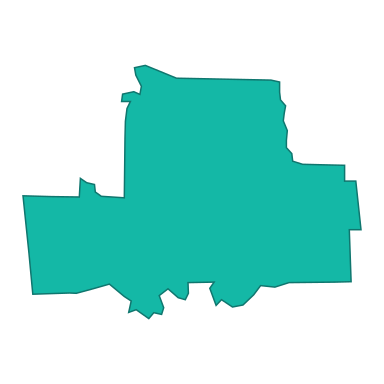 Coronel Pilar, Rio Grande do Sul, Brazil
{"feature_id": "56859067B30829214865889", "entity_name": "Coronel Pilar", "entity_type": "district", "adm_level": 2, "iso_a3": "BRA", "parent_name": "Brazil", "parent_adm1": "Rio Grande do Sul", "projection": "mercator", "projection_center": [-51.722, -29.258], "detail": "fine", "context": "isolated", "style": "filled", "palette": "teal", "viewbox_px": 384, "rotation_deg": 0, "n_neighbors": 0, "source": "geoboundaries", "source_scale": "gbopen_adm2", "svg_char_len": 996}
<svg xmlns="http://www.w3.org/2000/svg" viewBox="0 0 384 384"><path d="M351.1,281.7L349.3,229.7L361.0,229.7L355.8,181.1L344.6,181.1L344.6,165.3L322.5,164.8L302.6,164.3L292.7,161.2L291.8,153.6L286.4,147.7L286.4,140.3L287.3,130.6L283.3,120.9L284.2,113.5L285.6,105.8L280.5,99.9L279.6,92.2L279.6,82.0L271.0,80.1L176.5,78.2L145.3,65.4L134.5,67.7L135.8,75.1L141.4,86.3L139.9,94.4L133.8,91.7L122.6,94.1L121.6,101.5L130.4,101.5L127.0,108.5L125.4,121.2L125.0,137.6L124.3,197.8L101.3,196.3L95.3,192.0L94.5,184.5L86.7,182.7L80.4,178.4L79.3,197.0L51.2,196.6L23.0,195.8L28.9,252.6L32.8,294.2L69.5,293.0L76.3,293.3L92.9,288.8L109.4,284.1L124.3,296.5L131.2,301.0L128.7,312.4L136.2,309.7L148.8,318.6L153.8,312.7L161.6,314.4L163.7,307.7L159.2,295.6L168.0,288.8L178.2,297.7L185.3,299.7L188.4,293.3L188.0,282.6L214.1,282.1L209.8,288.3L216.1,305.4L221.5,299.7L232.5,307.0L243.0,305.0L253.7,294.8L260.6,285.6L274.9,287.1L289.0,282.6L334.8,282.1L351.1,281.7Z" fill="#14b8a6" stroke="#0f766e" stroke-width="1.5"/></svg>